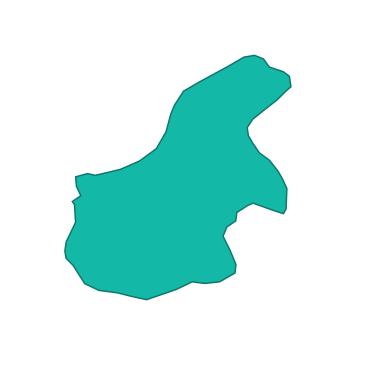 SVG path tracing the border of Krivogaštani, rotated 60°
{"feature_id": "MKD-2941", "entity_name": "Krivogaštani", "entity_type": "Statistical Region", "adm_level": 1, "iso_a3": "MKD", "parent_name": "North Macedonia", "parent_adm1": "", "projection": "equal_earth", "projection_center": [21.362, 41.317], "detail": "fine", "context": "isolated", "style": "filled", "palette": "teal", "viewbox_px": 384, "rotation_deg": 60, "n_neighbors": 0, "source": "natural_earth", "source_scale": "10m", "svg_char_len": 926}
<svg xmlns="http://www.w3.org/2000/svg" viewBox="0 0 384 384"><g transform="rotate(60 192 192)"><path d="M140.5,49.8L150.3,53.7L151.7,60.6L154.8,72.5L157.0,88.3L159.4,103.2L163.8,112.0L171.4,115.0L179.7,115.0L191.7,114.1L203.2,109.1L216.7,107.1L225.7,107.1L236.4,108.1L253.7,119.0L256.5,123.6L249.6,129.9L232.2,144.7L231.5,150.6L232.2,163.5L238.9,168.5L239.7,179.3L245.8,187.2L261.6,188.2L276.7,190.2L283.6,195.2L283.6,213.0L277.5,226.8L269.9,236.7L268.5,254.5L262.5,285.2L252.6,296.1L242.0,307.0L230.7,321.8L217.8,330.7L195.9,331.7L186.5,334.2L179.7,331.7L172.2,325.8L160.1,308.0L144.2,300.1L140.4,300.4L139.6,290.2L129.2,289.2L120.7,285.2L123.8,273.3L129.2,267.4L132.8,255.6L136.6,242.6L138.9,221.9L136.6,201.1L126.8,184.3L113.9,171.4L107.9,163.5L100.4,148.7L100.4,129.9L101.2,100.2L101.2,79.5L103.2,74.2L104.9,69.5L112.5,63.6L122.4,62.6L133.6,52.7L140.5,49.8Z" fill="#14b8a6" stroke="#0f766e" stroke-width="1.5"/></g></svg>